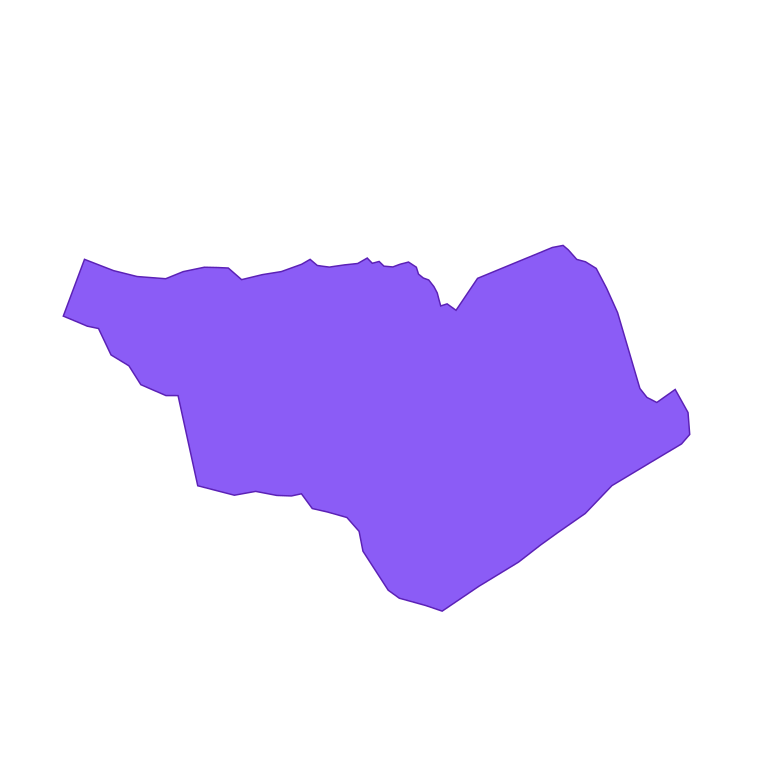 the district of Loug-Chari, Chari-Baguirmi, Chad, rotated 157°
{"feature_id": "50815135B30125763845581", "entity_name": "Loug-Chari", "entity_type": "district", "adm_level": 2, "iso_a3": "TCD", "parent_name": "Chad", "parent_adm1": "Chari-Baguirmi", "projection": "orthographic", "projection_center": [16.937, 10.387], "detail": "fine", "context": "isolated", "style": "filled", "palette": "violet", "viewbox_px": 768, "rotation_deg": 157, "n_neighbors": 0, "source": "geoboundaries", "source_scale": "gbopen_adm2", "svg_char_len": 1407}
<svg xmlns="http://www.w3.org/2000/svg" viewBox="0 0 768 768"><g transform="rotate(157 384 384)"><path d="M118.1,265.2L140.1,260.4L142.6,263.4L147.2,268.9L150.2,279.9L141.1,358.4L141.7,385.4L143.5,407.5L150.8,417.8L157.9,423.4L162.0,435.6L165.0,441.6L175.7,443.9L256.6,444.7L288.9,423.7L294.6,433.1L301.3,433.7L300.4,440.4L299.4,447.0L299.7,450.6L300.0,454.1L302.2,462.3L306.4,466.2L309.3,471.7L308.6,478.9L313.8,486.7L318.1,487.3L321.2,487.8L323.1,488.0L325.3,488.1L330.1,488.3L338.0,492.5L340.6,498.7L344.1,499.2L347.6,499.7L349.7,505.1L350.2,506.5L361.1,505.2L373.9,509.1L385.6,512.2L388.5,512.9L394.0,516.1L399.1,519.2L403.3,527.6L413.1,526.4L434.6,527.6L453.2,532.2L474.3,535.7L482.0,551.6L491.6,556.2L503.8,561.7L524.9,565.9L543.8,566.2L568.7,579.1L569.4,579.5L578.4,586.3L588.6,594.0L598.8,603.9L611.0,615.8L611.1,615.7L611.4,615.3L611.7,615.0L652.7,571.8L636.2,554.9L634.5,553.1L634.3,553.0L633.7,552.6L625.1,546.6L625.0,543.7L624.0,519.7L623.9,517.4L611.7,500.4L608.1,478.4L597.4,467.1L589.2,458.5L587.9,458.0L578.1,453.8L595.2,363.1L565.2,340.1L544.1,335.3L526.2,323.3L512.9,317.1L502.9,315.2L498.7,297.4L486.1,288.3L470.3,275.6L464.5,258.1L468.7,238.3L460.7,192.5L453.6,180.8L432.3,163.9L419.2,152.2L375.9,160.7L329.7,167.5L302.9,174.6L283.1,179.1L249.3,186.2L213.9,201.4L170.5,207.5L133.5,212.6L122.3,218.1L115.3,238.9L118.1,265.2Z" fill="#8b5cf6" stroke="#5b21b6" stroke-width="1.5"/></g></svg>